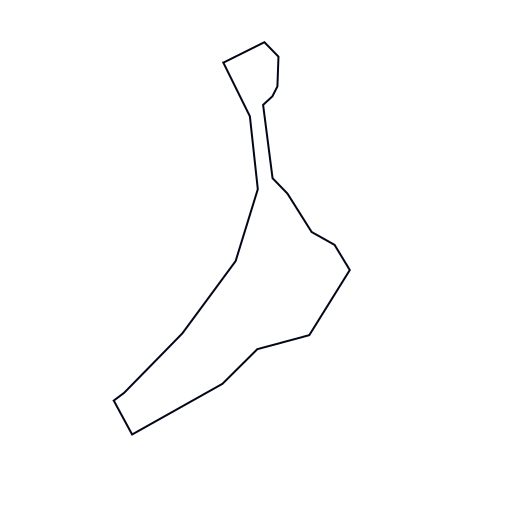 map outline of Podčetrtek (Albers equal-area conic projection), rotated 197°
{"feature_id": "SVN-213", "entity_name": "Podčetrtek", "entity_type": "Municipality", "adm_level": 1, "iso_a3": "SVN", "parent_name": "Slovenia", "parent_adm1": "", "projection": "albers", "projection_center": [15.593, 46.135], "detail": "fine", "context": "isolated", "style": "outline", "palette": "ink", "viewbox_px": 512, "rotation_deg": 197, "n_neighbors": 0, "source": "natural_earth", "source_scale": "10m", "svg_char_len": 449}
<svg xmlns="http://www.w3.org/2000/svg" viewBox="0 0 512 512"><g transform="rotate(197 256 256)"><path d="M349.8,76.1L342.1,86.6L303.8,160.5L274.0,245.2L273.8,320.4L302.7,387.8L343.8,431.4L343.6,431.5L310.5,462.9L292.8,453.2L285.1,424.4L287.0,413.5L293.4,402.6L262.9,335.2L244.2,324.9L209.8,295.2L184.1,289.6L162.2,270.0L181.9,195.9L227.5,167.3L250.7,124.0L322.3,49.1L348.8,75.2L349.8,76.1Z" fill="none" stroke="#020617" stroke-width="2"/></g></svg>